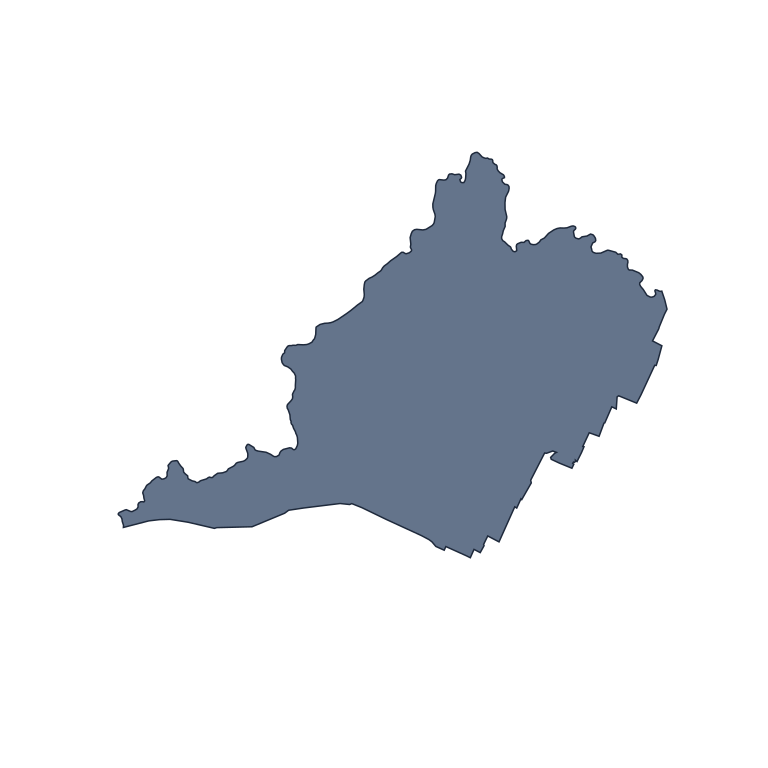 Lezama, Buenos Aires, Argentina (Natural Earth projection), rotated 162°
{"feature_id": "61730980B50234098483318", "entity_name": "Lezama", "entity_type": "district", "adm_level": 2, "iso_a3": "ARG", "parent_name": "Argentina", "parent_adm1": "Buenos Aires", "projection": "natural_earth1", "projection_center": [-57.824, -35.864], "detail": "fine", "context": "isolated", "style": "filled", "palette": "slate", "viewbox_px": 768, "rotation_deg": 162, "n_neighbors": 0, "source": "geoboundaries", "source_scale": "gbopen_adm2", "svg_char_len": 6158}
<svg xmlns="http://www.w3.org/2000/svg" viewBox="0 0 768 768"><g transform="rotate(162 384 384)"><path d="M91.1,386.5L91.9,386.5L93.4,387.2L95.3,389.0L96.8,389.7L97.6,388.9L97.6,386.4L97.9,385.3L99.9,383.9L102.1,383.8L103.3,384.1L104.2,384.7L106.5,387.0L108.2,393.7L109.7,397.4L110.1,399.6L109.5,401.2L106.7,402.6L105.1,404.2L104.8,405.1L104.8,406.1L105.8,408.8L107.3,411.1L112.6,415.6L115.5,416.6L116.2,417.7L116.3,420.1L115.5,422.6L114.4,424.4L114.2,425.3L114.0,426.2L114.5,427.9L115.5,428.6L117.4,429.4L118.2,430.4L118.6,431.1L117.9,433.2L118.8,434.6L121.5,435.1L122.9,437.7L129.1,441.8L130.2,442.2L137.4,441.5L142.0,442.8L143.9,444.2L144.6,445.0L145.1,446.3L144.8,448.3L144.8,450.4L142.0,453.6L139.3,454.1L138.3,455.0L137.9,456.9L138.0,458.0L138.6,460.2L139.1,461.2L139.9,461.9L141.3,462.8L145.2,462.0L150.2,462.8L152.2,462.0L154.0,461.8L156.3,463.3L157.2,464.6L157.4,465.4L156.9,469.4L156.6,470.5L156.1,471.2L154.2,472.1L153.7,472.5L153.4,473.1L153.4,474.1L153.8,474.8L155.3,475.9L157.2,476.2L161.7,476.0L164.7,476.7L168.3,478.0L171.3,478.4L174.8,478.1L181.0,476.4L186.3,473.3L190.3,472.6L192.4,471.0L195.8,469.8L197.1,469.9L199.0,470.4L200.9,471.5L201.5,472.2L201.8,472.9L202.1,475.3L202.3,475.9L203.1,476.3L204.6,476.5L207.1,475.4L209.8,476.4L213.5,476.1L214.7,475.6L215.6,474.2L216.5,470.0L216.8,469.7L218.6,469.3L220.1,470.2L221.2,472.9L221.2,474.8L221.4,475.4L223.1,477.6L225.4,482.0L226.6,483.4L227.1,485.1L227.1,486.3L226.5,487.9L224.9,490.0L223.2,492.9L220.1,496.4L219.1,499.7L216.8,502.6L216.0,503.9L215.5,505.4L214.9,512.6L212.9,519.1L210.6,524.1L206.1,528.7L205.5,529.6L204.5,531.5L204.1,533.2L204.5,534.7L205.3,535.6L207.4,536.7L208.9,539.6L208.8,541.8L208.6,542.4L207.2,542.9L205.7,543.0L205.4,543.8L205.5,545.3L205.8,546.1L208.5,549.2L209.6,551.6L209.9,553.1L209.8,554.1L209.3,555.3L209.2,556.9L209.6,557.8L210.6,558.6L211.9,560.7L211.9,561.6L211.5,563.1L211.7,564.0L212.5,564.7L214.4,565.4L215.7,566.9L217.6,567.2L218.9,568.1L220.5,569.6L222.4,573.8L223.5,575.2L223.9,575.6L225.9,575.9L229.0,575.4L230.4,574.5L231.4,573.1L232.9,570.0L235.2,566.8L240.7,561.3L241.1,558.7L242.8,554.5L243.9,552.6L245.8,550.9L247.6,551.4L248.5,552.2L248.7,553.1L248.7,555.0L247.1,555.7L246.5,556.2L246.3,556.8L246.4,558.9L247.8,560.4L252.1,561.2L254.4,562.9L256.8,563.4L258.0,562.8L260.0,560.1L262.0,559.1L264.0,559.4L268.2,561.3L269.0,561.3L270.3,560.7L272.2,558.7L273.5,556.8L275.4,551.3L276.2,549.5L281.9,540.2L282.9,536.9L283.2,534.7L283.1,529.7L283.5,527.4L286.4,522.0L287.6,520.8L289.3,519.8L296.2,518.1L299.4,518.5L305.1,521.0L307.3,521.3L309.8,520.5L311.6,518.6L313.9,515.2L315.3,508.6L316.6,506.1L316.6,505.2L316.3,503.2L316.5,502.5L317.1,501.9L319.3,501.0L322.5,501.0L323.5,501.5L325.0,503.3L326.4,503.8L327.1,503.6L332.6,501.3L339.5,499.2L343.6,497.4L347.3,496.2L349.3,495.0L351.4,493.1L352.5,492.5L355.3,491.7L358.9,490.3L362.4,489.4L365.4,489.1L369.3,487.8L370.7,486.9L372.0,484.7L373.9,480.4L375.1,475.2L376.1,472.8L378.3,469.9L379.2,469.1L384.6,467.4L392.8,464.2L397.6,462.6L408.0,459.6L413.3,458.8L415.6,458.8L418.4,459.2L421.8,460.1L426.4,460.4L430.3,459.3L430.9,459.1L431.3,458.5L433.6,452.3L435.4,449.5L436.4,448.3L437.3,447.9L439.7,446.0L443.2,445.4L445.2,445.4L448.6,446.2L453.9,448.2L455.9,448.0L458.6,449.0L460.1,449.1L462.2,449.8L463.5,449.8L464.8,449.1L468.1,446.5L468.9,444.4L471.0,443.6L473.2,441.1L473.9,439.4L474.3,435.8L473.7,433.7L473.1,432.4L470.3,430.1L468.0,427.1L467.1,424.4L466.0,422.1L465.6,419.0L466.5,416.3L466.6,415.5L468.7,410.2L469.5,407.7L470.6,406.0L471.6,405.3L473.9,402.9L474.3,402.3L474.8,400.0L475.4,398.7L475.9,398.0L477.6,396.8L482.1,394.3L483.1,392.9L483.5,390.8L483.1,389.2L483.0,383.8L483.9,380.0L484.1,379.0L483.9,377.1L484.3,376.3L484.4,375.5L484.3,374.3L483.7,373.0L483.7,369.9L483.0,365.9L483.1,364.3L482.8,362.2L482.9,359.9L484.3,354.3L485.5,352.2L488.0,349.6L489.4,349.2L490.3,349.5L490.9,350.2L491.7,351.6L493.5,352.5L499.9,352.9L502.6,352.1L504.1,351.0L505.5,349.2L506.0,348.8L508.6,348.2L510.5,348.7L511.3,349.3L513.6,352.2L517.2,355.5L524.6,359.2L526.5,360.6L527.0,361.3L527.4,363.9L531.1,368.2L532.0,368.7L533.2,368.3L535.0,366.5L535.2,365.3L535.0,360.5L535.2,359.3L536.2,356.6L537.0,355.6L539.5,354.4L541.6,354.0L547.2,354.6L548.9,354.4L551.3,352.8L552.8,352.3L558.2,351.4L559.8,350.1L561.0,349.5L565.0,349.4L569.8,350.5L573.9,349.2L576.0,348.1L577.3,348.4L578.8,349.4L580.1,349.3L582.1,348.6L587.9,348.7L589.1,348.5L590.5,347.9L592.2,347.9L592.8,348.2L593.9,349.7L596.3,351.1L599.5,354.3L599.5,355.7L599.1,357.3L600.8,360.0L601.7,361.9L601.7,362.5L601.2,365.1L601.3,365.9L602.6,368.7L603.7,372.2L604.0,374.0L604.4,374.8L604.9,375.2L608.8,376.0L610.1,375.9L611.0,375.5L614.2,373.5L614.6,373.1L614.8,370.8L615.2,369.9L617.6,367.1L618.6,363.7L619.6,362.7L620.5,362.1L622.6,361.8L624.7,362.1L626.7,365.0L627.2,365.4L628.2,365.6L629.4,365.5L634.7,363.6L636.8,362.2L640.6,361.1L641.5,360.5L643.8,358.2L645.8,356.9L646.8,355.5L647.1,354.9L647.1,352.2L647.6,349.6L647.7,346.9L648.4,346.2L649.0,346.1L650.2,346.8L651.8,347.2L654.1,346.6L655.2,345.4L655.9,343.0L657.6,341.5L659.6,341.0L663.1,340.5L664.4,341.1L667.9,344.1L669.3,344.2L675.4,343.6L676.2,343.2L677.0,342.5L676.9,341.6L675.3,339.2L674.9,336.7L675.4,334.1L675.4,330.1L676.2,328.1L650.0,326.5L639.5,324.4L629.3,321.4L613.3,313.2L589.9,299.1L587.5,299.1L553.6,289.0L518.4,291.8L513.7,293.4L498.7,290.9L462.7,283.9L453.9,280.0L451.6,280.2L443.2,273.2L423.8,254.6L395.3,228.3L389.3,222.1L387.2,219.1L384.9,213.5L378.1,207.3L375.4,210.3L358.9,195.3L355.6,192.1L349.5,198.9L344.6,193.9L338.8,199.3L338.8,200.7L332.3,207.4L323.4,198.3L297.6,226.8L296.1,225.0L289.2,232.5L288.7,231.5L274.5,244.4L274.2,247.2L252.6,268.7L250.8,267.9L244.2,268.1L241.1,265.7L243.2,265.3L248.2,262.7L248.2,260.7L241.7,254.6L231.3,245.8L228.3,249.0L229.1,250.2L227.9,251.2L227.1,250.6L225.8,251.2L225.5,252.4L224.4,250.6L217.4,257.7L213.2,262.5L214.3,263.1L203.9,274.2L195.6,267.8L186.9,278.8L186.0,278.8L174.4,291.9L170.8,288.5L166.3,299.7L164.5,300.3L149.6,287.7L142.9,294.3L120.8,318.1L119.4,317.5L115.6,322.7L107.9,334.5L115.3,342.0L105.6,351.6L104.6,353.2L95.7,363.7L91.7,367.7L91.0,377.3L91.1,386.5Z" fill="#64748b" stroke="#1e293b" stroke-width="1.5"/></g></svg>